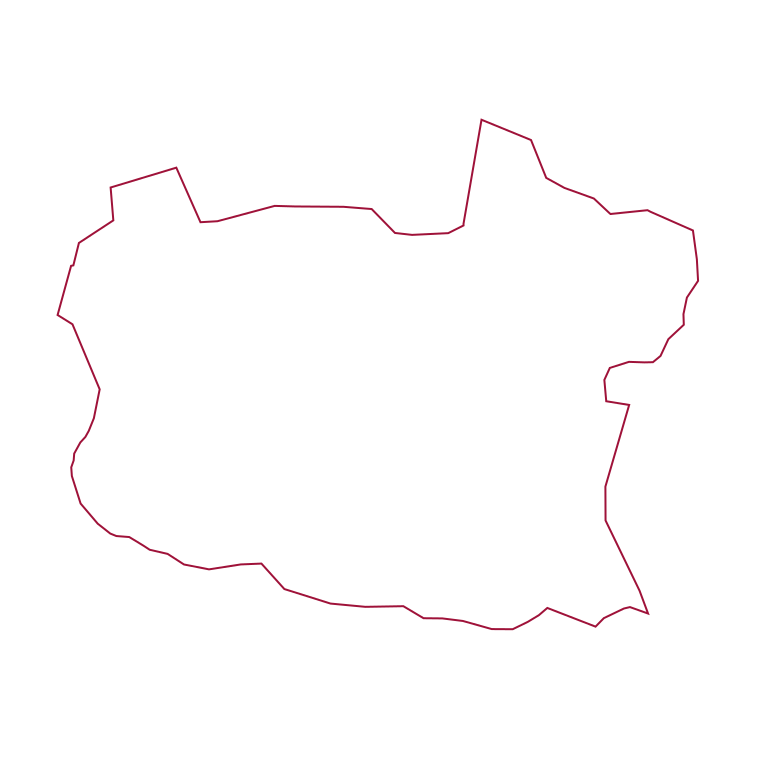 Gbako, Niger, Nigeria, rotated 266°
{"feature_id": "59680162B42207826884677", "entity_name": "Gbako", "entity_type": "district", "adm_level": 2, "iso_a3": "NGA", "parent_name": "Nigeria", "parent_adm1": "Niger", "projection": "albers", "projection_center": [6.013, 9.318], "detail": "fine", "context": "isolated", "style": "outline", "palette": "rose", "viewbox_px": 768, "rotation_deg": 266, "n_neighbors": 0, "source": "geoboundaries", "source_scale": "gbopen_adm2", "svg_char_len": 1159}
<svg xmlns="http://www.w3.org/2000/svg" viewBox="0 0 768 768"><g transform="rotate(266 384 384)"><path d="M614.3,191.9L599.1,125.0L566.1,125.4L546.0,89.5L524.0,82.4L523.7,80.1L475.6,63.2L465.3,77.4L398.5,100.0L370.1,92.2L357.8,86.2L352.0,82.4L346.9,77.0L336.2,70.1L329.4,69.1L322.7,66.2L314.0,66.2L285.9,73.0L264.6,88.7L253.9,100.5L251.0,106.4L249.1,119.2L239.4,132.9L235.0,138.7L229.6,156.3L217.9,171.9L211.3,196.5L214.0,228.6L213.4,249.2L186.4,270.3L168.7,315.3L163.0,349.9L161.0,387.8L147.6,407.1L146.1,425.8L142.1,446.2L132.0,474.4L130.4,495.3L136.7,510.9L142.6,522.4L149.2,531.3L127.2,578.1L135.1,587.0L143.3,607.7L144.3,613.8L136.6,631.4L160.0,624.5L232.4,595.5L266.2,597.7L346.0,627.1L351.3,604.5L372.7,604.1L384.3,610.4L389.0,629.9L387.4,645.4L387.0,653.8L392.7,661.8L408.9,670.8L422.2,687.2L432.8,687.6L449.1,692.2L465.0,704.5L486.6,704.8L515.6,702.9L537.2,661.9L539.0,659.0L537.8,621.7L554.4,606.3L567.0,577.7L578.3,560.2L617.1,547.7L640.8,499.7L538.3,474.5L536.6,474.4L530.0,458.6L530.8,422.4L533.9,405.5L559.4,383.9L563.6,355.9L567.3,307.8L569.3,287.4L558.0,229.2L558.2,212.2L614.3,191.9Z" fill="none" stroke="#9f1239" stroke-width="2"/></g></svg>